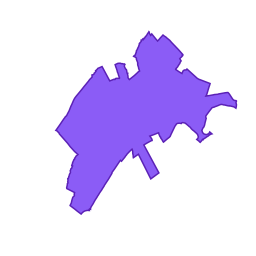 the district of Letcani, Iasi, Romania, rotated 225°
{"feature_id": "2599482B61117657494910", "entity_name": "Letcani", "entity_type": "district", "adm_level": 2, "iso_a3": "ROU", "parent_name": "Romania", "parent_adm1": "Iasi", "projection": "natural_earth1", "projection_center": [27.401, 47.196], "detail": "fine", "context": "isolated", "style": "filled", "palette": "violet", "viewbox_px": 256, "rotation_deg": 225, "n_neighbors": 0, "source": "geoboundaries", "source_scale": "gbopen_adm2", "svg_char_len": 5821}
<svg xmlns="http://www.w3.org/2000/svg" viewBox="0 0 256 256"><g transform="rotate(225 128 128)"><path d="M181.3,210.9L180.9,209.9L181.0,209.6L181.0,209.0L180.4,207.0L180.2,205.2L180.6,204.5L180.3,204.7L180.1,204.3L180.0,204.2L179.9,203.8L179.9,203.7L180.0,203.5L180.2,203.0L180.0,202.6L179.8,202.5L180.0,202.2L180.2,201.9L179.9,201.4L180.1,201.4L180.3,201.5L180.5,201.5L180.5,201.1L180.2,200.8L180.2,200.5L180.3,200.2L180.4,199.9L180.8,199.6L180.5,199.3L180.4,198.9L179.9,198.7L179.8,197.1L179.7,196.8L179.8,196.6L179.7,195.7L179.4,195.6L179.2,195.2L178.0,192.8L177.7,191.9L177.7,191.7L177.3,190.7L177.2,190.6L176.9,189.9L176.8,189.3L176.8,189.0L176.7,188.6L175.9,187.7L175.9,187.4L175.5,187.1L175.5,186.7L175.2,186.2L175.1,185.8L174.9,185.6L174.8,185.3L174.6,185.1L174.6,184.8L174.4,184.4L174.5,184.1L174.7,183.9L174.7,183.3L174.8,183.0L174.7,182.6L173.5,183.1L172.8,183.3L172.0,183.4L171.6,183.4L171.4,183.3L170.9,182.7L170.4,182.4L167.2,181.0L166.8,180.7L166.7,180.3L165.6,179.4L163.6,178.4L162.5,177.6L160.1,176.5L160.5,174.7L160.4,174.4L160.5,171.9L160.6,169.5L161.3,163.2L162.3,163.3L163.2,163.5L163.6,163.6L164.0,163.9L164.6,164.6L166.5,165.8L166.8,166.5L167.2,166.2L167.6,166.2L169.6,167.7L170.5,168.2L171.1,168.0L173.2,168.6L174.1,169.0L174.4,169.3L175.1,170.3L175.4,170.4L175.3,170.8L175.8,170.8L176.1,170.4L176.7,169.9L177.3,169.7L178.2,168.8L178.5,168.6L178.9,168.6L180.1,167.5L180.9,166.5L181.9,163.7L179.5,162.4L179.1,162.3L176.5,161.0L175.1,160.1L173.5,159.5L172.0,158.6L169.5,157.5L169.3,157.3L169.2,157.0L170.3,156.0L170.9,155.2L171.5,154.8L171.6,154.6L171.7,154.1L171.7,153.9L171.5,153.5L171.5,153.1L171.8,152.8L172.3,152.7L174.2,148.4L189.8,153.1L190.3,151.8L191.5,148.8L191.3,147.6L191.4,145.6L190.8,145.5L190.5,143.5L190.7,143.0L190.5,142.7L190.2,142.0L190.3,141.1L191.0,140.1L190.0,139.1L189.6,138.9L189.5,138.7L189.4,138.6L189.4,135.1L189.0,132.8L188.9,131.4L188.6,128.7L188.4,126.3L187.9,122.2L187.1,113.7L186.8,111.6L186.7,111.1L186.0,108.9L184.4,104.9L183.8,103.1L181.8,98.5L181.3,96.9L181.0,95.8L180.1,93.2L180.3,91.8L180.1,91.1L180.0,90.5L179.8,88.9L178.5,82.2L177.3,75.3L176.6,75.7L173.2,75.7L172.5,75.3L160.0,74.5L155.5,73.9L151.0,73.7L149.3,73.6L144.6,73.9L144.6,73.1L144.9,71.7L144.3,69.3L144.4,68.9L143.7,68.1L143.9,67.4L143.4,66.4L143.3,65.9L142.5,64.0L142.2,63.8L141.4,61.9L141.2,61.6L140.3,61.9L140.0,60.8L139.4,59.9L139.4,59.6L139.5,59.4L139.6,59.0L138.7,57.3L138.7,57.0L137.6,56.2L137.2,55.8L137.0,55.3L136.8,54.6L136.8,54.3L136.6,53.8L135.6,52.2L135.6,51.9L135.0,51.0L134.6,50.1L134.8,49.9L134.8,49.6L134.0,49.0L133.0,48.1L132.6,47.3L131.6,46.8L131.5,45.7L130.5,44.6L130.0,43.7L129.5,43.0L129.1,42.3L128.4,41.9L120.1,44.6L119.3,43.2L118.3,42.5L118.0,42.1L118.0,41.8L118.1,40.7L117.9,39.7L116.6,37.3L114.9,34.6L114.8,34.1L114.5,33.1L114.1,32.2L108.4,33.0L105.3,33.3L100.3,34.0L100.4,35.6L100.4,36.2L100.2,37.7L100.0,38.4L99.6,39.3L98.9,40.4L98.4,41.1L97.0,42.3L97.9,42.9L97.7,43.3L97.8,43.7L97.5,43.7L97.0,44.0L97.6,44.6L98.0,45.4L98.4,46.5L99.1,49.7L100.2,53.4L101.1,57.6L101.3,58.1L101.6,59.8L102.2,62.1L102.9,66.1L103.1,66.5L103.8,69.9L104.2,70.9L104.3,71.6L104.6,73.0L105.0,74.9L105.6,77.9L107.3,84.6L107.6,84.8L107.9,85.4L108.1,86.6L108.6,89.7L110.4,98.8L110.5,99.8L109.1,99.9L109.2,101.1L109.6,105.2L109.9,106.5L110.0,108.0L110.2,108.7L110.3,112.6L110.2,115.9L109.6,115.7L108.2,114.8L106.2,113.0L105.6,112.8L104.9,112.2L103.7,111.1L103.2,110.8L102.1,116.8L75.9,108.1L74.4,118.1L104.8,127.2L104.7,127.8L103.7,131.6L102.6,135.3L102.1,136.2L102.3,136.5L103.8,137.2L104.6,137.3L105.4,137.5L106.4,137.6L106.9,137.7L105.0,141.7L103.3,145.7L103.0,146.2L102.2,145.7L99.5,144.6L99.2,144.5L98.4,144.6L98.0,144.2L97.4,144.0L95.8,143.8L94.2,143.3L93.4,143.1L92.9,143.1L92.5,148.4L92.2,150.8L92.3,152.0L93.0,153.7L95.8,161.7L96.0,162.2L96.1,162.5L96.2,163.6L96.5,164.5L96.5,165.6L96.4,166.0L95.5,167.3L94.8,168.0L93.5,168.8L93.6,169.6L93.5,170.1L93.0,170.6L91.3,171.8L90.6,171.8L90.4,172.0L86.3,172.3L85.7,172.3L85.0,172.5L83.7,172.4L82.8,172.2L80.5,172.3L80.3,172.4L79.3,172.5L77.4,172.6L75.5,172.7L74.6,172.6L73.6,172.4L73.0,171.9L72.3,171.7L71.9,171.3L71.6,170.8L71.3,170.0L71.3,168.5L68.6,168.9L67.5,168.8L66.8,168.9L66.9,170.9L67.2,172.6L66.6,172.7L66.8,173.7L66.4,175.3L66.2,176.2L66.1,177.4L65.7,178.5L65.5,180.5L65.1,182.0L64.9,182.5L64.5,183.2L67.4,183.0L67.1,182.0L66.9,181.2L67.0,180.7L67.4,180.0L67.7,179.1L68.0,178.7L69.6,177.7L70.2,177.5L71.9,177.5L72.5,177.7L73.4,178.3L74.0,178.4L74.9,180.7L75.0,180.9L75.0,181.9L75.2,182.6L75.9,184.2L77.3,186.3L78.1,187.7L79.1,189.3L79.4,190.0L79.8,190.3L80.3,190.4L80.6,190.6L81.2,191.2L81.5,191.7L82.4,197.5L82.6,199.2L82.9,201.7L82.9,201.9L81.7,204.0L81.4,205.0L80.7,206.3L80.5,206.9L80.2,207.5L79.6,209.1L78.8,210.6L77.3,211.7L76.9,211.8L75.8,212.7L73.6,214.0L71.9,215.2L71.9,215.5L68.3,217.7L67.4,218.0L65.7,218.3L66.4,219.5L67.7,221.1L68.1,221.4L69.3,222.1L69.7,222.4L69.9,222.8L70.1,223.4L70.5,223.8L70.9,223.8L71.9,223.0L72.5,222.7L72.9,222.5L73.6,222.4L74.7,222.5L80.4,223.7L82.3,223.8L82.6,223.6L83.1,223.0L84.2,221.6L88.1,216.0L88.2,215.6L88.4,215.3L90.6,212.7L91.1,211.8L93.6,208.2L95.5,205.7L95.8,206.8L96.2,207.7L99.8,214.4L100.5,215.9L101.4,217.5L111.9,212.8L112.0,212.6L113.4,212.3L114.0,212.1L128.0,211.4L127.9,210.4L127.9,210.2L128.8,209.3L129.2,208.7L129.4,207.8L129.4,207.2L128.5,204.9L128.4,204.7L131.0,204.0L135.6,203.1L135.8,203.8L135.9,204.1L136.1,204.1L136.1,206.0L136.2,206.6L136.4,207.0L136.5,207.9L136.6,208.0L136.9,209.2L136.9,210.0L137.0,210.3L137.5,211.1L137.9,213.0L140.4,213.6L140.5,214.9L140.4,215.9L140.5,217.9L141.2,217.9L141.2,218.7L147.9,219.1L157.8,219.3L160.4,219.5L164.6,219.1L165.6,219.1L167.2,218.7L169.0,218.5L168.8,214.0L168.6,212.1L168.6,210.4L177.7,211.3L177.6,210.8L177.4,209.9L177.4,209.5L180.0,210.2L181.0,210.9L181.3,210.9Z" fill="#8b5cf6" stroke="#5b21b6" stroke-width="1.5"/></g></svg>